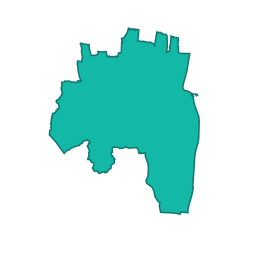 the district of Swords Lea-7, Fingal, Ireland, rotated 346°
{"feature_id": "5873133B96625316158825", "entity_name": "Swords Lea-7", "entity_type": "district", "adm_level": 2, "iso_a3": "IRL", "parent_name": "Ireland", "parent_adm1": "Fingal", "projection": "orthographic", "projection_center": [-6.277, 53.456], "detail": "fine", "context": "isolated", "style": "filled", "palette": "teal", "viewbox_px": 256, "rotation_deg": 346, "n_neighbors": 0, "source": "geoboundaries", "source_scale": "gbopen_adm2", "svg_char_len": 3171}
<svg xmlns="http://www.w3.org/2000/svg" viewBox="0 0 256 256"><g transform="rotate(346 128 128)"><path d="M198.8,112.6L197.7,112.3L197.9,109.7L196.1,107.7L194.5,106.4L192.1,105.5L190.7,102.6L193.0,97.4L198.6,87.6L205.9,70.7L197.8,68.6L195.1,67.3L196.7,61.2L195.9,60.8L198.1,55.0L198.5,52.6L194.1,51.1L194.3,50.3L192.9,50.2L192.1,49.1L189.9,55.9L187.7,60.2L188.1,60.7L187.1,63.5L186.1,63.3L183.7,63.8L185.7,58.9L188.2,48.0L187.5,46.4L184.7,45.7L184.4,44.5L183.4,44.0L183.0,44.4L182.3,42.9L180.5,42.9L180.2,42.2L179.8,42.4L179.1,41.9L173.9,54.2L172.7,52.0L170.1,49.9L168.2,49.9L164.0,47.6L161.3,47.1L158.7,45.6L162.3,35.3L161.4,34.8L159.1,35.0L159.5,34.2L158.2,33.9L157.8,33.3L157.5,33.7L156.5,33.2L155.9,33.6L155.6,32.9L154.8,33.0L154.6,32.5L154.0,33.0L153.5,32.7L153.1,31.4L152.6,31.3L150.7,34.7L147.4,38.2L144.9,39.9L143.5,39.3L143.2,40.8L143.7,42.8L143.2,43.7L142.6,43.2L139.6,53.5L137.0,52.8L135.3,56.3L133.4,55.4L133.2,56.3L129.9,54.8L127.3,54.6L127.3,53.7L125.1,53.6L125.3,48.8L118.3,47.2L118.3,46.7L117.4,46.5L116.9,49.3L113.5,49.4L109.8,48.8L109.7,41.5L110.3,37.5L108.9,37.5L107.7,36.6L104.9,35.8L104.4,35.0L102.5,34.4L102.1,33.8L102.4,37.4L102.1,41.2L101.4,42.0L101.0,47.9L99.1,52.3L95.3,50.8L94.1,54.3L94.4,55.0L93.6,59.6L93.2,66.1L93.7,70.7L94.3,71.7L93.4,70.9L92.4,71.4L92.1,70.4L91.0,70.1L90.1,70.3L90.2,71.4L89.0,71.5L85.6,69.9L84.2,70.0L83.8,69.2L81.4,67.9L79.4,67.8L78.2,67.1L77.0,68.0L75.0,67.5L74.2,69.1L74.4,71.1L73.4,72.1L72.9,72.9L73.2,73.8L72.5,74.4L73.0,78.0L72.1,78.7L71.7,80.0L70.0,81.1L69.7,81.9L68.7,82.1L67.5,83.8L66.1,83.6L64.8,84.5L64.9,86.1L66.3,87.7L66.2,91.4L65.1,92.6L64.0,92.4L64.0,93.5L62.2,93.9L62.4,94.5L61.2,95.4L59.7,95.8L58.4,95.6L57.4,98.3L56.9,98.2L57.0,99.5L56.1,100.0L54.6,104.9L54.1,104.9L54.0,107.6L53.2,108.6L53.5,109.2L52.9,111.3L51.5,111.4L50.1,115.6L54.5,123.9L59.9,137.2L63.1,135.3L66.2,134.8L68.0,133.7L75.2,132.9L76.7,133.3L77.8,132.0L79.7,131.9L79.8,131.3L82.1,129.6L83.2,130.1L85.7,129.6L86.3,130.9L87.2,131.0L87.7,133.1L86.2,133.2L85.7,134.3L84.1,135.7L85.2,140.5L83.7,143.1L83.8,144.5L81.3,148.8L83.2,149.4L84.0,150.9L83.8,151.9L86.1,153.7L85.8,156.1L83.8,158.2L84.0,159.2L84.7,159.8L84.3,161.0L85.6,162.2L87.7,162.2L88.9,165.1L94.7,164.5L94.9,165.9L96.9,165.9L98.9,164.2L101.9,162.7L102.6,159.8L105.8,158.9L106.6,157.7L106.8,155.8L107.7,155.3L106.1,151.2L105.6,151.0L105.8,147.6L107.1,147.8L107.5,144.7L108.4,143.0L112.8,143.9L114.7,145.6L118.3,146.3L120.7,145.9L122.1,146.1L123.4,147.6L131.2,149.1L131.7,149.3L132.6,151.4L132.5,155.1L133.7,154.9L133.8,155.9L136.0,155.8L137.1,156.3L138.1,156.0L139.0,156.4L138.0,159.1L138.7,168.2L138.1,171.9L135.7,179.7L133.1,182.7L132.5,184.8L133.1,186.6L137.1,191.3L137.8,195.1L137.7,201.2L139.1,205.9L140.9,208.3L139.5,211.3L139.3,217.5L139.4,217.8L151.4,221.3L157.8,224.2L158.7,222.2L165.8,224.7L165.8,223.2L167.5,219.3L174.1,207.8L176.9,201.6L176.4,201.4L185.8,172.1L187.8,167.2L192.0,159.8L194.1,155.2L198.6,139.1L199.4,134.1L198.1,121.0L198.8,112.6ZM198.3,110.0L198.0,109.7L197.9,111.9L199.0,112.5L198.7,111.5L199.8,111.1L198.3,110.0ZM203.2,112.0L201.5,111.4L202.2,113.2L203.0,112.4L203.3,112.6L203.2,112.0Z" fill="#14b8a6" stroke="#0f766e" stroke-width="1.5"/></g></svg>